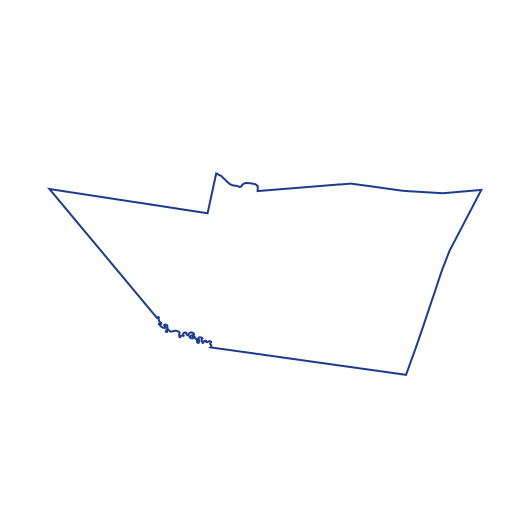 Boven Digoel, Papua, Indonesia (Equal Earth projection), rotated 98°
{"feature_id": "22746128B21273779065212", "entity_name": "Boven Digoel", "entity_type": "district", "adm_level": 2, "iso_a3": "IDN", "parent_name": "Indonesia", "parent_adm1": "Papua", "projection": "equal_earth", "projection_center": [140.719, -6.154], "detail": "fine", "context": "isolated", "style": "outline", "palette": "blue", "viewbox_px": 512, "rotation_deg": 98, "n_neighbors": 0, "source": "geoboundaries", "source_scale": "gbopen_adm2", "svg_char_len": 5071}
<svg xmlns="http://www.w3.org/2000/svg" viewBox="0 0 512 512"><g transform="rotate(98 256 256)"><path d="M331.1,345.4L330.5,345.0L330.3,344.7L330.1,344.3L330.0,344.0L330.1,343.8L330.6,343.6L330.8,343.7L331.5,343.7L332.1,343.6L333.0,343.3L333.7,343.0L333.8,342.9L334.1,342.8L334.3,342.6L334.6,342.3L334.7,342.1L334.8,342.0L334.9,341.8L335.0,341.4L335.3,341.0L335.4,340.8L335.5,340.7L335.9,340.5L336.0,340.4L336.4,340.4L336.6,340.5L336.9,340.9L336.9,341.1L337.0,341.4L336.9,341.6L336.8,341.9L336.7,342.2L336.7,342.4L336.7,342.6L336.9,342.8L337.1,342.7L337.2,342.4L337.3,342.3L337.4,342.0L337.4,341.9L337.6,341.7L337.8,341.4L338.0,341.2L338.4,340.9L338.6,340.8L338.9,340.5L339.0,340.3L339.3,339.9L339.5,339.5L339.6,339.0L339.7,338.8L339.9,338.1L340.0,337.7L340.0,337.3L340.0,337.0L340.0,336.6L339.9,336.2L339.6,335.9L339.3,335.9L339.0,336.0L338.8,336.0L338.4,336.3L338.2,336.5L337.6,337.2L337.0,337.2L336.9,337.1L336.7,336.9L336.5,336.4L336.5,336.0L336.5,335.7L336.6,335.3L336.7,335.1L336.8,334.8L336.9,334.6L337.0,334.4L337.4,334.1L337.7,334.0L338.0,333.9L338.3,333.9L338.6,333.9L338.8,333.9L339.1,333.9L339.6,333.9L339.7,333.7L340.0,333.5L340.2,333.4L340.3,333.3L340.5,333.3L340.9,333.5L341.1,333.7L341.4,333.9L341.6,334.2L341.9,334.4L342.1,334.5L342.5,334.6L342.9,334.8L343.3,334.8L343.5,334.7L343.6,334.4L343.7,334.2L343.6,333.9L343.5,333.6L343.4,333.6L343.1,333.6L342.8,333.5L342.6,333.5L342.3,333.4L342.0,333.3L341.7,332.9L341.5,332.4L341.6,332.0L341.7,331.8L341.9,331.6L342.1,331.4L342.3,331.1L342.5,330.9L342.6,330.5L342.6,330.2L342.6,329.7L342.6,329.3L342.5,329.0L342.3,327.9L342.1,327.6L342.0,327.3L341.8,327.0L341.5,326.4L341.4,326.1L341.2,325.7L341.2,325.1L341.2,324.7L341.2,324.2L341.2,323.6L341.4,323.1L341.5,322.7L341.7,322.1L341.8,322.0L342.1,321.4L342.4,321.2L342.6,321.0L343.0,321.0L343.5,321.0L343.9,321.1L344.2,321.1L344.6,321.1L344.8,321.1L345.3,321.1L345.7,320.9L345.8,320.9L346.1,320.8L346.5,320.7L347.0,320.4L347.0,320.1L346.9,319.8L346.4,319.6L346.1,319.5L345.8,319.3L345.5,319.1L345.3,318.9L345.2,318.7L345.1,318.3L345.0,317.8L345.1,317.2L345.2,316.7L344.9,316.6L344.6,316.7L344.2,317.0L343.9,317.1L343.3,317.2L342.8,317.1L342.2,316.8L341.9,316.4L341.6,315.7L341.6,315.2L341.6,314.8L341.7,314.5L341.8,314.3L342.1,314.1L342.5,314.0L342.9,314.0L343.1,313.9L343.4,313.7L343.7,313.3L344.0,312.6L344.0,312.2L343.8,312.0L343.5,311.8L343.2,311.8L343.0,311.7L342.5,311.7L342.0,311.5L341.7,311.2L341.4,311.0L341.3,310.9L341.1,310.6L340.9,310.4L340.9,310.1L340.8,309.9L340.8,309.7L340.7,309.4L340.7,308.6L340.9,307.6L341.0,307.2L341.3,307.0L341.5,306.8L342.1,306.5L342.3,306.6L342.6,306.7L342.7,307.0L342.9,307.3L343.3,307.9L343.4,308.2L343.6,308.6L343.8,308.9L344.0,309.2L344.3,309.5L344.6,309.7L344.9,310.0L345.1,310.3L345.2,310.5L345.4,310.5L345.7,310.3L345.9,310.1L346.1,309.7L346.3,309.2L346.4,308.6L346.5,308.2L346.5,307.7L346.5,307.4L346.4,307.1L346.2,307.1L345.8,307.1L345.3,307.2L344.9,307.1L344.5,306.8L344.4,306.4L344.4,306.1L344.4,305.7L344.6,305.5L345.0,305.4L345.5,305.2L345.8,304.9L346.0,304.7L346.1,304.4L346.7,303.4L347.3,302.9L348.0,302.5L348.4,302.5L348.8,302.4L349.1,302.4L349.6,302.3L349.7,302.2L350.0,301.8L350.1,301.5L350.1,301.1L350.0,300.8L349.7,300.6L349.4,300.5L348.6,300.3L348.1,300.3L347.7,300.3L347.4,300.4L347.0,300.7L346.7,301.0L346.4,301.4L345.8,301.7L345.6,301.7L345.2,301.7L344.9,301.4L344.6,301.1L344.5,300.8L344.4,300.6L344.3,300.4L344.3,300.0L344.3,299.7L344.3,299.3L344.4,298.9L344.5,298.5L344.5,298.3L344.7,298.0L344.8,297.8L345.0,297.6L345.4,297.9L346.0,298.1L346.7,298.1L347.3,298.0L347.8,297.7L348.3,297.4L348.7,297.3L349.5,296.8L349.5,296.5L349.1,296.1L347.9,295.7L347.6,295.4L347.2,295.2L347.0,294.8L346.9,294.2L346.9,293.9L347.0,293.7L347.4,293.6L347.6,293.5L347.8,293.5L347.9,293.4L348.1,293.2L348.2,292.5L348.1,292.1L347.5,291.5L347.2,291.1L346.8,290.2L346.8,289.7L346.8,289.2L347.0,288.9L347.2,288.6L347.5,288.6L347.8,288.6L348.2,288.8L348.5,289.0L349.0,289.2L349.4,289.1L349.7,288.9L350.1,288.4L350.9,287.9L351.4,287.8L352.1,287.9L352.3,288.0L352.7,288.1L352.8,288.2L352.8,203.0L352.8,188.6L352.8,185.0L352.8,170.3L352.8,158.7L352.8,151.4L352.8,147.0L352.8,139.1L352.8,130.4L352.8,90.9L341.0,88.4L338.9,88.0L327.2,85.5L319.2,83.9L314.1,82.9L312.9,82.7L309.2,82.0L306.4,81.4L282.7,77.0L280.0,76.5L265.8,73.8L258.4,72.5L252.0,71.3L242.9,69.6L236.4,68.0L231.0,66.7L229.4,66.4L224.0,65.1L196.5,55.3L192.4,53.9L181.8,50.1L180.4,49.6L159.2,42.1L167.8,79.5L167.9,80.4L170.9,118.1L170.9,118.6L171.0,121.9L171.0,154.6L171.1,164.3L171.1,172.1L173.6,183.2L173.5,183.3L182.9,225.1L190.5,259.1L191.5,263.4L188.6,263.7L186.5,264.1L185.1,266.3L184.8,269.3L184.8,272.5L185.1,276.2L186.2,278.4L187.7,279.5L188.6,280.0L189.6,280.7L189.9,281.8L189.5,283.4L189.2,285.5L189.3,286.7L189.3,288.9L189.1,289.6L188.8,290.8L188.4,292.0L187.6,293.1L186.7,294.6L185.7,296.0L184.9,296.9L184.7,297.1L183.7,298.8L181.6,301.4L179.8,306.9L220.4,309.9L220.1,335.4L220.1,335.6L219.8,356.4L219.3,399.1L218.7,447.1L218.4,469.9L286.4,394.8L286.5,394.7L290.9,389.8L330.8,345.8L331.1,345.4Z" fill="none" stroke="#1e3a8a" stroke-width="2"/></g></svg>